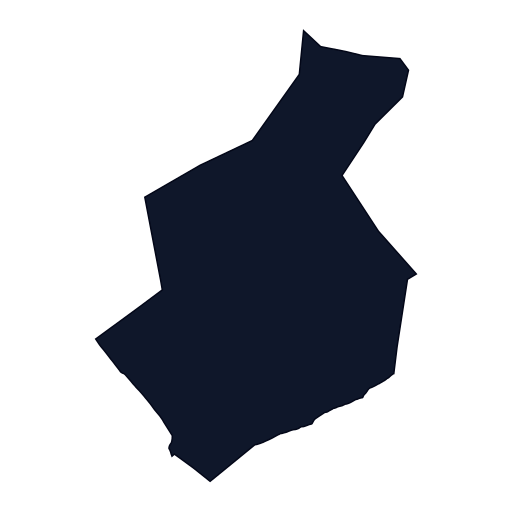 the district of Altanshiree, Dornogovi, Mongolia
{"feature_id": "93677404B41959814318318", "entity_name": "Altanshiree", "entity_type": "district", "adm_level": 2, "iso_a3": "MNG", "parent_name": "Mongolia", "parent_adm1": "Dornogovi", "projection": "mercator", "projection_center": [110.515, 45.523], "detail": "fine", "context": "isolated", "style": "filled", "palette": "ink", "viewbox_px": 512, "rotation_deg": 0, "n_neighbors": 0, "source": "geoboundaries", "source_scale": "gbopen_adm2", "svg_char_len": 3133}
<svg xmlns="http://www.w3.org/2000/svg" viewBox="0 0 512 512"><path d="M95.7,339.0L99.5,344.7L101.1,346.8L103.7,349.9L105.6,352.3L107.3,354.5L110.8,359.1L112.8,361.5L115.2,364.7L116.9,366.9L119.3,370.0L120.4,371.6L120.9,372.1L121.5,372.5L122.3,373.0L124.1,373.7L125.4,374.8L126.5,376.1L129.6,379.7L131.0,381.3L133.1,383.9L134.8,385.7L136.0,387.2L137.9,389.2L139.3,390.6L139.9,391.3L141.5,393.1L143.2,395.1L144.3,396.4L145.3,397.7L147.1,399.8L148.3,401.3L149.1,402.3L150.1,403.5L151.0,404.7L153.3,407.9L154.6,409.7L159.8,415.9L162.6,419.9L163.8,422.1L169.6,431.3L172.3,435.6L172.2,438.7L171.8,441.2L171.4,442.7L170.1,444.6L169.7,445.3L169.3,446.3L169.1,447.2L169.0,447.7L169.0,448.6L169.7,449.7L170.7,452.2L171.1,453.8L172.0,456.2L174.4,454.1L193.2,467.8L210.1,481.3L254.8,444.8L257.0,444.4L258.2,444.0L260.4,443.3L262.1,442.6L262.9,442.4L263.6,442.0L265.5,441.1L266.9,440.5L268.1,440.0L270.8,438.7L272.4,437.9L274.9,436.5L276.0,435.9L277.6,435.0L278.1,434.7L278.4,434.6L278.6,434.6L278.9,434.5L279.0,434.4L279.5,434.1L280.0,433.7L281.3,433.5L282.1,433.4L283.3,433.0L284.1,432.8L284.5,432.6L285.0,432.6L285.5,432.4L286.7,432.1L288.0,431.5L289.0,431.1L290.3,430.6L291.7,430.1L292.6,429.9L293.3,429.7L294.0,429.6L294.7,429.6L295.3,429.5L296.1,429.3L296.8,429.1L297.9,428.7L298.6,428.4L299.4,427.9L299.9,427.4L300.4,427.2L300.9,426.9L301.3,426.7L301.9,426.7L303.5,426.6L304.2,426.4L304.8,426.2L305.9,425.8L307.6,425.2L308.3,424.9L308.7,424.7L309.4,424.5L310.3,424.3L311.1,424.1L311.7,423.9L312.1,423.5L312.3,423.1L313.5,420.9L314.2,419.8L314.8,419.2L315.2,418.8L315.6,418.5L316.5,417.9L317.4,417.3L318.7,416.4L319.9,415.6L321.0,414.9L321.8,414.4L322.3,414.0L323.0,413.6L323.5,413.2L324.0,412.9L324.3,412.7L324.7,412.5L325.0,412.4L325.4,412.3L326.2,412.2L326.9,412.0L327.3,411.9L327.8,411.6L328.2,411.4L328.4,411.2L328.9,410.9L329.6,410.5L330.4,410.1L331.7,409.4L332.3,409.1L332.7,408.8L333.2,408.4L333.7,408.3L334.1,408.2L334.5,408.2L335.1,408.0L335.6,407.8L336.2,407.6L336.9,407.2L337.5,406.9L338.1,406.7L339.2,406.4L341.7,405.8L342.6,405.5L343.2,405.1L344.0,404.8L344.6,404.4L345.1,404.2L345.6,404.1L346.4,404.0L347.4,403.7L348.3,403.4L349.3,403.0L350.6,402.4L353.1,401.0L354.8,400.0L355.3,399.7L356.0,399.5L356.7,399.3L357.2,399.2L357.6,399.1L358.2,398.8L358.6,398.6L359.1,398.4L359.9,398.2L360.9,397.9L361.5,397.8L361.8,397.8L362.2,397.7L362.5,397.6L362.7,397.4L362.9,397.1L363.1,396.5L363.5,395.6L363.9,395.0L364.3,394.5L365.7,393.1L366.4,392.1L367.0,391.3L367.6,390.3L368.1,389.6L368.8,388.8L369.2,388.4L369.7,388.1L370.4,387.8L371.8,387.3L373.5,386.5L375.7,385.4L377.4,384.4L378.1,384.0L379.2,383.6L380.4,382.8L381.9,382.0L383.3,381.1L384.5,380.5L385.3,379.9L386.1,379.3L387.0,378.5L387.7,378.2L388.2,377.9L388.7,377.6L389.3,377.0L389.8,376.5L390.5,375.9L391.4,375.1L392.3,374.5L393.1,373.9L393.5,373.6L393.8,373.6L397.1,346.7L407.5,279.3L416.3,274.0L378.4,231.2L342.0,175.5L363.8,142.5L375.0,124.2L402.5,96.9L408.5,70.2L399.9,58.6L362.4,55.6L345.6,51.5L320.6,46.6L303.6,30.7L299.3,74.4L252.3,140.5L200.2,165.2L144.8,197.2L160.7,280.6L162.3,289.9L139.4,307.0L95.7,339.0Z" fill="#0f172a" stroke="#020617" stroke-width="1.5"/></svg>